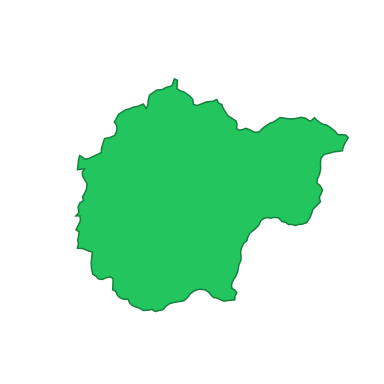 the district of Jacutinga, Minas Gerais, Brazil, rotated 31°
{"feature_id": "56859067B357432124810", "entity_name": "Jacutinga", "entity_type": "district", "adm_level": 2, "iso_a3": "BRA", "parent_name": "Brazil", "parent_adm1": "Minas Gerais", "projection": "equal_earth", "projection_center": [-46.595, -22.286], "detail": "fine", "context": "isolated", "style": "filled", "palette": "green", "viewbox_px": 384, "rotation_deg": 31, "n_neighbors": 0, "source": "geoboundaries", "source_scale": "gbopen_adm2", "svg_char_len": 2701}
<svg xmlns="http://www.w3.org/2000/svg" viewBox="0 0 384 384"><g transform="rotate(31 192 192)"><path d="M118.6,104.1L120.1,111.3L115.9,115.8L113.9,119.3L109.1,123.0L105.7,130.8L107.2,136.0L109.3,139.9L109.7,144.0L104.9,141.7L101.7,146.1L97.9,149.7L95.9,152.5L92.5,156.1L89.1,163.0L89.5,172.2L93.1,173.6L95.8,177.5L96.7,183.3L93.4,187.7L89.5,191.3L90.5,195.7L92.2,202.0L94.0,204.8L89.5,211.6L86.4,216.2L83.3,219.0L79.7,218.5L76.9,218.7L78.4,223.2L80.2,227.1L82.3,231.9L85.0,229.7L87.8,227.5L87.8,231.5L89.8,234.5L94.0,236.9L97.6,238.9L99.9,243.5L100.6,247.6L100.6,252.4L103.4,255.3L101.5,259.0L102.1,263.7L105.6,267.7L104.8,272.3L108.1,270.2L111.0,273.7L111.6,278.3L112.0,284.2L115.9,284.3L118.9,292.2L121.3,294.8L122.6,299.2L128.0,296.6L132.4,296.1L137.5,294.8L139.6,299.3L142.2,304.9L145.6,309.7L149.2,313.5L153.2,313.7L156.5,314.7L160.1,313.2L162.9,309.3L165.9,306.7L169.1,307.1L172.1,312.4L174.4,316.8L177.8,316.4L180.7,318.6L183.8,319.7L188.0,319.3L192.5,316.9L195.8,319.3L199.4,320.0L202.2,319.7L205.7,318.8L211.3,318.6L215.3,315.9L218.0,313.3L222.2,313.3L225.0,310.3L227.7,307.9L228.5,303.5L230.1,299.6L232.8,296.6L235.4,294.2L238.7,291.6L241.3,289.0L242.6,284.4L243.0,279.9L244.8,275.7L247.8,272.0L251.1,270.2L253.7,269.1L258.2,269.3L261.6,270.7L264.8,271.3L267.4,270.2L270.6,269.8L275.6,269.1L280.0,265.5L284.2,262.5L282.5,258.9L282.2,255.2L279.2,254.0L275.6,253.9L273.3,250.4L272.7,246.3L273.0,242.1L272.2,236.7L269.7,230.3L269.1,225.1L267.1,221.9L264.2,217.8L263.1,213.6L262.7,209.4L264.2,205.6L263.1,202.0L262.8,197.5L264.7,192.5L266.3,186.5L265.8,181.1L267.3,177.4L269.7,175.2L272.7,174.0L275.5,171.5L279.3,169.6L284.4,171.0L288.0,169.8L291.5,170.2L294.7,168.2L298.0,167.5L300.0,165.0L302.9,163.0L306.0,159.3L306.3,152.9L305.5,148.5L304.6,144.3L305.7,140.6L307.1,134.2L303.9,131.2L303.6,127.3L302.8,123.0L298.2,120.5L294.5,120.0L292.8,116.5L292.1,111.1L290.4,106.0L287.4,101.3L285.2,96.8L285.9,91.6L290.0,87.8L293.4,84.1L296.7,81.7L299.7,79.1L298.4,75.6L298.0,71.6L297.9,65.0L294.5,64.0L291.1,65.6L287.6,67.8L283.1,66.2L278.4,65.6L273.2,65.2L269.6,66.5L266.3,66.6L261.6,66.1L258.8,65.2L257.1,70.3L254.3,70.5L251.0,70.3L247.4,71.6L244.7,74.1L241.7,76.7L238.5,78.7L235.3,80.3L232.1,81.5L229.2,82.8L227.5,86.5L225.8,90.0L223.4,92.8L222.0,95.8L220.1,100.0L218.5,106.0L214.9,108.6L209.5,108.9L205.5,109.6L203.1,112.5L200.8,114.7L197.6,114.7L195.6,110.7L193.3,108.5L189.1,108.3L183.5,108.1L179.0,106.0L175.2,104.0L172.6,101.6L169.3,102.2L165.5,100.0L163.1,103.6L160.4,105.5L157.6,107.7L155.0,111.3L151.8,115.3L148.1,116.1L144.7,112.1L140.7,110.9L137.6,110.7L133.7,110.4L129.6,111.4L125.8,111.1L123.6,106.8L122.0,103.7L118.6,104.1Z" fill="#22c55e" stroke="#15803d" stroke-width="1.5"/></g></svg>